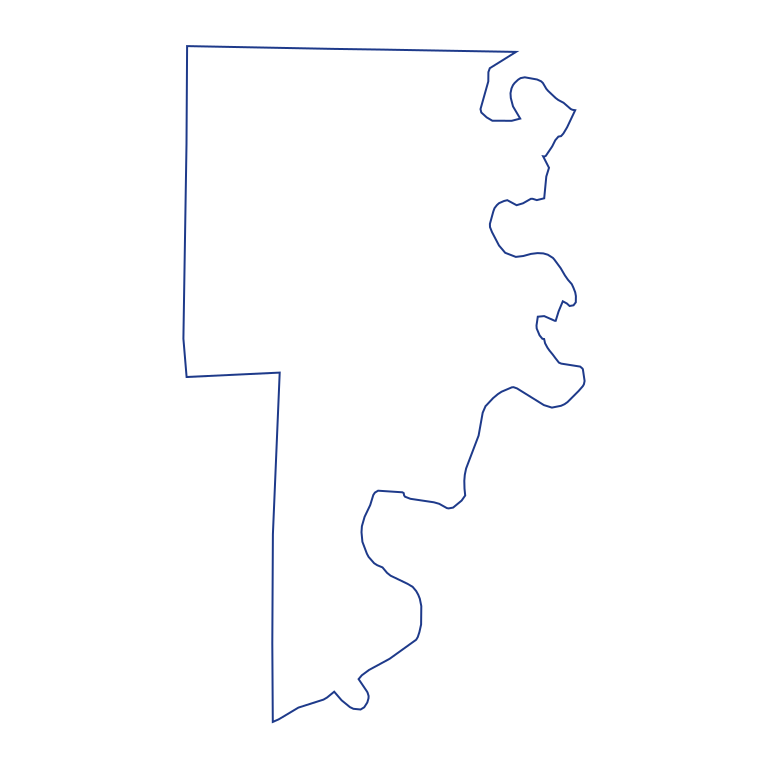 outline of Crittenden, Arkansas, United States of America
{"feature_id": "52423323B83994293092269", "entity_name": "Crittenden", "entity_type": "district", "adm_level": 2, "iso_a3": "USA", "parent_name": "United States of America", "parent_adm1": "Arkansas", "projection": "mercator", "projection_center": [-90.188, 35.137], "detail": "fine", "context": "isolated", "style": "outline", "palette": "blue", "viewbox_px": 768, "rotation_deg": 0, "n_neighbors": 0, "source": "geoboundaries", "source_scale": "gbopen_adm2", "svg_char_len": 2374}
<svg xmlns="http://www.w3.org/2000/svg" viewBox="0 0 768 768"><path d="M186.6,377.0L279.7,372.6L272.9,534.2L272.3,643.2L272.8,721.9L278.6,719.4L298.4,707.6L323.5,699.6L327.1,697.5L334.2,691.7L341.6,700.3L349.9,707.1L353.4,708.8L360.6,709.5L364.2,707.3L367.3,702.5L368.5,698.3L368.6,696.0L367.5,692.4L366.9,691.4L358.6,679.1L361.8,675.3L369.1,669.9L389.6,658.8L416.2,639.7L417.8,637.0L419.4,632.1L421.1,624.5L421.3,606.1L419.8,598.7L418.2,594.7L416.2,591.1L412.7,586.9L407.5,583.8L390.6,575.7L387.0,572.8L382.5,567.4L377.2,565.2L374.1,563.2L368.6,556.9L366.9,553.7L362.4,541.8L361.5,532.2L361.9,526.2L364.6,516.8L370.2,505.1L373.3,495.0L374.9,492.6L375.9,492.0L378.1,490.7L402.4,492.3L403.7,493.1L404.1,495.4L405.0,496.7L410.4,498.8L433.9,502.3L439.2,503.8L446.9,508.1L448.6,508.4L453.1,507.6L461.6,500.6L465.2,495.5L464.5,488.6L464.3,480.8L464.8,474.8L466.1,468.5L478.6,435.6L482.7,412.7L485.6,406.0L486.1,405.6L493.1,398.1L497.9,394.1L501.6,391.7L511.9,387.3L513.6,387.2L517.0,388.4L543.9,405.1L551.9,407.6L561.0,405.8L564.5,404.2L567.5,402.1L578.6,391.0L582.8,386.2L583.9,384.3L584.6,381.0L582.9,369.4L582.5,368.6L580.2,366.6L561.2,363.6L558.9,362.6L555.6,358.4L552.7,354.5L549.5,350.6L547.4,347.6L545.1,343.3L544.1,339.0L542.4,338.8L539.6,335.4L536.7,328.5L536.5,325.5L537.8,316.7L544.2,316.1L554.8,320.8L555.7,320.8L558.6,311.4L562.8,301.3L566.9,303.5L569.6,306.0L573.5,305.3L575.8,302.3L575.9,296.1L575.2,292.3L573.5,287.9L571.8,284.2L567.9,279.7L564.9,275.4L560.7,268.2L554.3,259.5L552.9,257.9L547.8,254.7L543.3,253.4L537.5,253.1L531.0,253.9L523.3,256.0L515.8,256.9L505.2,252.8L499.0,245.5L492.0,232.1L490.0,227.1L489.9,223.9L493.3,211.5L494.5,208.2L496.9,205.1L499.0,203.2L504.0,201.0L507.3,200.2L516.6,205.2L523.0,203.3L530.9,198.8L532.6,198.8L536.8,200.1L544.2,198.3L546.3,176.5L549.0,167.8L543.1,156.3L544.5,156.5L545.8,155.9L552.2,146.4L555.3,140.2L558.4,136.6L561.1,136.1L563.4,133.5L567.1,127.3L575.2,110.2L572.5,109.8L570.7,109.0L563.6,102.8L558.3,100.0L555.5,97.9L548.1,90.9L546.3,88.8L542.9,83.0L541.1,81.3L537.1,79.5L524.8,77.3L520.6,78.1L518.1,79.7L514.6,83.0L513.0,85.1L511.5,88.4L510.5,93.2L510.8,98.0L513.0,106.4L520.2,118.6L511.7,120.8L492.3,120.7L486.7,117.4L481.3,112.5L480.5,109.1L488.3,81.4L488.4,72.1L489.8,68.2L516.0,51.9L382.8,49.6L333.8,48.9L187.1,46.1L186.5,143.8L183.4,338.7L186.6,377.0Z" fill="none" stroke="#1e3a8a" stroke-width="2"/></svg>